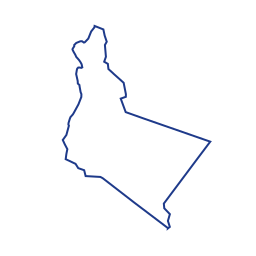 outline of Alameda, California, United States of America, rotated 37°
{"feature_id": "52423323B34460466024259", "entity_name": "Alameda", "entity_type": "district", "adm_level": 2, "iso_a3": "USA", "parent_name": "United States of America", "parent_adm1": "California", "projection": "equal_earth", "projection_center": [-122.096, 37.68], "detail": "fine", "context": "isolated", "style": "outline", "palette": "blue", "viewbox_px": 256, "rotation_deg": 37, "n_neighbors": 0, "source": "geoboundaries", "source_scale": "gbopen_adm2", "svg_char_len": 1093}
<svg xmlns="http://www.w3.org/2000/svg" viewBox="0 0 256 256"><g transform="rotate(37 128 128)"><path d="M39.9,66.6L40.6,67.8L40.5,73.1L42.5,80.5L42.0,84.7L41.9,85.5L41.4,86.3L39.0,86.4L37.7,87.5L35.5,91.2L35.1,94.1L35.9,95.1L36.1,98.0L36.5,98.8L38.7,99.9L41.8,101.2L44.0,102.4L45.7,102.7L48.0,103.2L50.4,104.0L52.6,105.0L55.0,107.1L54.5,108.1L53.0,108.8L51.9,109.6L51.7,111.1L52.1,112.2L54.1,116.1L59.5,120.7L61.2,122.7L63.3,122.9L64.7,124.3L68.6,127.9L70.4,129.0L72.1,131.4L72.1,131.5L74.2,139.0L75.6,148.5L75.8,150.3L75.5,153.9L76.0,155.7L77.5,159.8L78.3,161.1L79.4,161.7L83.0,170.7L83.1,175.8L83.1,176.8L87.2,179.0L92.3,181.4L94.4,185.8L97.0,190.4L107.7,188.2L112.4,190.0L118.4,188.1L123.1,191.9L135.4,183.7L138.0,183.3L177.8,183.8L220.2,183.9L220.3,184.1L220.9,181.8L215.8,178.2L213.3,171.6L205.3,170.3L202.1,166.8L201.9,110.1L201.9,89.4L197.6,90.8L134.7,111.0L116.6,116.7L104.5,108.9L107.5,104.4L106.0,102.3L97.3,94.5L84.2,93.4L82.6,93.2L76.9,92.7L73.3,88.9L69.1,89.4L67.5,84.4L59.6,75.6L59.1,71.9L53.7,68.2L49.0,64.1L39.9,66.6Z" fill="none" stroke="#1e3a8a" stroke-width="2"/></g></svg>